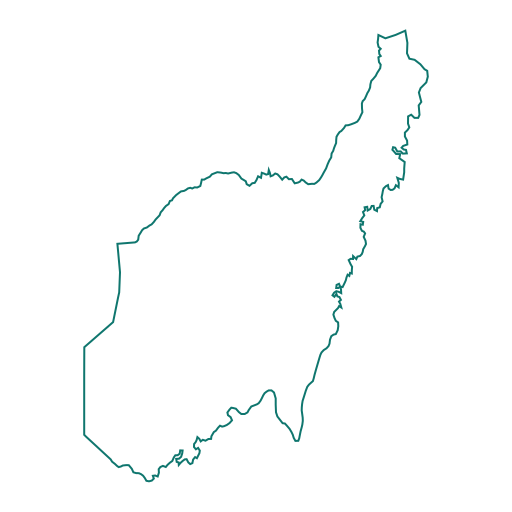 outline of Turilândia, Maranhão, Brazil
{"feature_id": "56859067B16746670752925", "entity_name": "Turilândia", "entity_type": "district", "adm_level": 2, "iso_a3": "BRA", "parent_name": "Brazil", "parent_adm1": "Maranhão", "projection": "equal_earth", "projection_center": [-45.364, -2.12], "detail": "fine", "context": "isolated", "style": "outline", "palette": "teal", "viewbox_px": 512, "rotation_deg": 0, "n_neighbors": 0, "source": "geoboundaries", "source_scale": "gbopen_adm2", "svg_char_len": 5352}
<svg xmlns="http://www.w3.org/2000/svg" viewBox="0 0 512 512"><path d="M378.4,35.0L378.1,38.8L377.6,42.5L378.5,46.8L380.7,48.8L379.0,50.6L379.3,54.0L380.7,56.0L378.4,57.3L379.0,62.1L380.7,64.7L380.2,68.2L377.2,72.9L375.7,75.9L373.3,78.8L371.3,80.9L370.4,84.3L370.1,87.5L368.8,90.7L367.4,93.0L365.9,96.5L364.6,99.2L362.7,101.1L361.9,103.4L362.0,108.2L362.4,112.2L360.7,115.7L359.3,118.8L357.3,121.6L354.8,122.9L351.1,124.3L348.3,125.2L345.6,125.4L344.0,128.0L341.3,131.0L339.6,132.0L337.8,134.5L336.5,136.8L336.2,140.1L336.1,143.1L334.9,145.9L334.0,148.2L333.2,150.9L331.6,153.5L331.2,157.4L329.3,160.5L327.6,164.3L326.1,168.4L323.6,172.8L322.4,175.1L321.1,177.3L319.2,180.1L316.4,182.6L314.3,183.9L312.0,183.8L308.2,184.2L305.6,182.4L303.8,180.6L301.6,179.6L299.8,181.7L297.9,182.6L294.7,183.3L291.9,179.0L288.9,179.2L286.4,176.7L284.3,177.4L282.2,179.7L279.6,176.5L277.5,174.3L275.2,173.5L272.9,175.4L270.6,176.3L270.0,173.2L268.8,170.0L268.1,174.1L266.2,174.6L264.4,173.7L261.8,172.8L261.0,177.8L258.1,176.3L256.4,180.2L254.7,182.9L252.3,183.2L249.5,185.8L246.7,184.2L245.8,181.3L244.1,180.2L241.4,178.6L238.8,175.0L236.3,173.1L234.0,172.3L231.8,172.6L228.1,173.5L225.8,173.0L223.6,173.2L220.9,172.6L217.3,172.2L211.9,174.3L209.8,176.7L206.4,178.3L204.2,179.6L201.8,179.6L201.0,183.3L200.3,186.0L197.2,187.5L194.6,187.3L192.2,188.5L190.3,187.8L188.0,188.4L185.8,190.0L184.0,190.9L181.0,191.4L179.1,192.8L176.1,195.1L173.0,198.3L172.0,200.3L169.9,201.0L168.6,204.1L165.9,206.0L164.0,208.2L162.6,210.2L160.7,212.3L159.6,215.3L155.6,219.5L153.9,221.9L151.6,224.4L149.5,225.5L146.9,227.5L143.9,228.5L142.1,230.2L140.8,232.4L138.7,235.7L138.2,239.7L136.8,241.5L135.0,242.4L117.4,243.8L120.0,272.3L119.2,292.4L118.1,297.4L113.1,322.1L84.3,347.2L84.2,376.1L84.2,396.6L84.2,402.1L84.2,434.8L86.0,436.6L110.7,459.4L112.1,461.7L114.9,463.9L117.0,465.9L118.7,467.1L120.9,466.5L122.8,465.5L126.4,465.1L128.8,465.2L131.8,468.8L133.4,472.3L136.1,473.1L138.9,473.2L141.1,474.2L143.1,475.7L144.8,478.0L146.4,480.8L149.0,481.3L151.8,480.6L153.8,478.6L152.9,475.8L155.1,475.5L157.7,476.5L158.9,472.7L158.7,469.2L160.4,467.0L162.9,465.9L165.8,467.0L167.5,464.9L169.9,462.7L172.3,461.0L173.8,457.5L175.3,455.3L177.7,455.2L179.7,453.7L180.2,450.4L182.6,450.5L182.2,453.5L181.1,456.8L179.0,458.7L176.2,458.9L176.7,461.9L178.6,462.4L178.8,464.9L180.5,462.9L182.6,461.0L184.7,459.4L186.6,459.2L188.3,462.4L190.2,464.1L192.4,463.1L193.1,459.6L195.1,457.1L196.9,458.2L199.4,453.2L199.8,450.6L198.1,447.9L195.9,449.3L194.0,447.0L194.1,444.0L195.6,442.2L196.6,440.1L197.4,437.1L199.3,438.8L200.7,441.4L202.8,439.8L205.5,440.7L208.4,439.0L211.1,438.9L211.4,436.3L213.8,432.1L215.9,430.7L218.1,427.7L220.0,425.7L222.1,426.6L224.0,426.2L226.8,425.0L229.5,423.1L232.0,420.3L230.6,417.1L228.0,415.2L227.4,412.5L229.5,409.6L231.3,407.7L233.1,408.0L235.9,408.7L238.9,412.1L241.3,414.0L244.7,414.0L247.5,412.4L248.7,410.1L251.3,406.5L254.7,405.2L257.0,404.3L258.7,403.2L260.6,400.6L262.0,397.9L263.2,395.4L264.6,393.2L266.6,391.6L268.7,390.4L271.5,390.4L274.0,392.5L275.7,398.4L275.7,404.7L276.0,412.3L277.4,416.5L282.6,423.2L284.9,423.5L286.9,425.7L289.6,428.9L291.5,432.1L292.8,434.8L293.7,437.8L295.4,440.9L298.3,440.8L299.2,438.4L299.8,435.3L300.6,431.3L301.7,427.3L302.3,424.7L302.8,420.9L302.7,417.8L302.2,414.0L301.7,410.4L301.8,407.3L302.1,404.1L302.6,400.9L303.6,397.8L305.8,390.7L307.3,386.8L309.0,384.6L311.2,382.6L312.9,381.1L313.7,378.4L314.6,374.6L316.2,368.9L319.4,358.0L320.4,354.8L321.5,352.5L323.7,350.1L326.5,348.3L328.5,346.1L329.5,343.7L330.0,339.7L331.3,336.2L333.6,334.6L335.8,334.1L337.7,330.2L338.3,326.2L338.1,322.4L335.8,320.8L334.5,318.0L333.4,314.6L334.2,311.9L336.0,310.1L338.0,308.1L339.1,306.1L341.3,307.5L340.3,303.9L339.0,301.6L340.9,299.9L339.4,297.0L337.4,296.4L336.4,293.9L334.4,296.8L332.5,295.3L334.1,292.7L336.3,291.2L338.9,291.9L341.2,293.1L341.0,289.3L340.1,286.5L342.6,287.1L344.6,283.0L345.8,280.3L346.5,277.5L347.6,274.7L349.3,275.9L350.0,272.9L351.8,273.5L351.8,270.6L352.1,266.8L350.6,264.2L348.7,260.1L350.6,258.8L353.0,259.0L353.1,256.1L356.3,259.1L357.4,256.6L360.0,256.0L361.8,254.1L362.7,251.9L363.2,249.2L365.0,246.1L366.0,244.0L365.5,240.7L363.7,236.9L365.1,233.4L363.8,231.6L361.9,230.8L360.4,227.8L360.5,224.2L362.8,224.7L363.2,221.9L360.3,221.2L362.2,218.1L364.3,215.4L363.0,212.0L365.2,210.1L364.6,207.3L367.2,206.8L367.7,210.5L370.3,209.0L371.7,206.0L373.6,205.9L374.3,209.7L377.0,211.1L377.2,208.1L379.8,207.3L380.6,203.9L382.6,201.4L381.6,197.2L382.3,194.1L382.8,191.2L383.5,188.5L385.9,186.2L388.0,185.1L388.6,188.6L390.7,190.0L392.6,189.8L394.5,188.4L395.9,185.2L398.6,187.3L398.8,182.9L397.3,177.8L399.7,178.9L403.1,179.6L404.2,172.3L404.2,168.5L404.4,165.7L404.7,162.0L399.3,158.2L400.2,154.1L396.1,154.0L394.0,151.5L392.4,149.8L393.1,147.2L395.2,147.7L397.3,151.5L400.7,151.4L402.8,153.6L406.8,153.4L406.0,149.9L403.7,149.5L401.6,147.7L403.2,145.9L407.3,144.5L407.1,140.6L404.9,136.5L404.9,132.6L407.5,130.1L409.3,127.4L408.0,123.6L408.1,116.4L411.2,114.7L414.5,117.9L418.2,117.9L419.5,114.9L418.7,105.4L421.3,101.9L419.9,96.5L418.9,92.5L420.6,88.1L426.3,82.4L427.8,76.7L427.2,70.8L424.5,69.2L420.4,64.3L414.6,59.8L409.4,58.7L407.0,53.3L407.4,42.9L405.3,30.7L395.7,34.9L385.4,38.3L378.4,35.0ZM340.1,286.5L338.4,288.0L336.2,288.0L336.6,284.9L339.0,283.8L340.1,286.5Z" fill="none" stroke="#0f766e" stroke-width="2"/></svg>